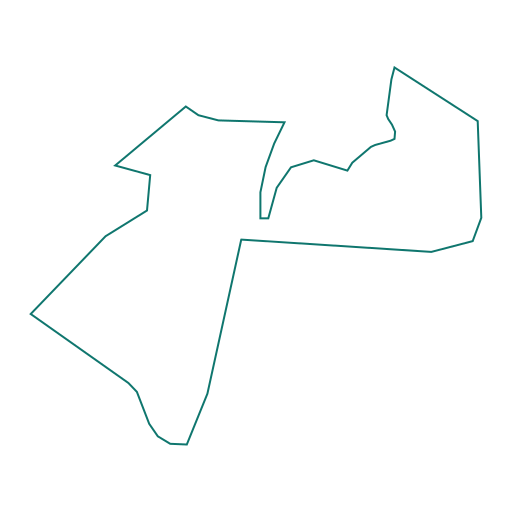 the border of Cagayan de Oro
{"feature_id": "PHL-5531", "entity_name": "Cagayan de Oro", "entity_type": "Highly Urbanized City", "adm_level": 1, "iso_a3": "PHL", "parent_name": "Philippines", "parent_adm1": "", "projection": "orthographic", "projection_center": [124.653, 8.399], "detail": "fine", "context": "isolated", "style": "outline", "palette": "teal", "viewbox_px": 512, "rotation_deg": 0, "n_neighbors": 0, "source": "natural_earth", "source_scale": "10m", "svg_char_len": 652}
<svg xmlns="http://www.w3.org/2000/svg" viewBox="0 0 512 512"><path d="M185.8,106.5L198.4,115.2L218.4,120.4L284.5,122.3L274.2,143.5L265.6,167.1L260.4,192.3L260.4,218.3L268.3,218.3L276.7,187.8L291.0,167.3L313.8,160.3L347.4,170.6L352.3,162.7L370.9,146.9L375.1,145.0L390.6,140.7L394.5,138.9L395.1,131.6L392.0,124.7L388.2,119.0L386.6,115.2L391.4,79.4L394.5,67.5L477.7,121.1L481.3,217.8L472.7,241.1L431.3,251.9L241.3,239.6L241.2,239.8L207.4,393.7L186.8,444.5L186.7,444.5L170.2,443.8L157.8,436.3L149.2,423.8L136.9,391.9L128.4,383.0L30.7,314.0L105.6,236.2L147.0,210.5L150.2,175.1L115.2,165.5L185.8,106.5Z" fill="none" stroke="#0f766e" stroke-width="2"/></svg>